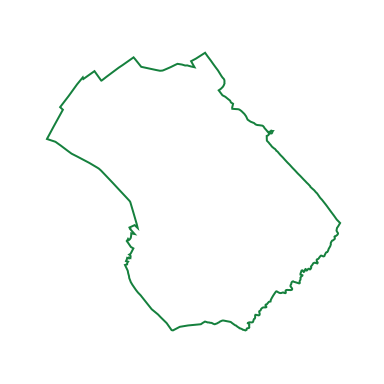 Burla, Suceava, Romania (orthographic projection), rotated 278°
{"feature_id": "2599482B88852638453630", "entity_name": "Burla", "entity_type": "district", "adm_level": 2, "iso_a3": "ROU", "parent_name": "Romania", "parent_adm1": "Suceava", "projection": "orthographic", "projection_center": [25.922, 47.785], "detail": "fine", "context": "isolated", "style": "outline", "palette": "green", "viewbox_px": 384, "rotation_deg": 278, "n_neighbors": 0, "source": "geoboundaries", "source_scale": "gbopen_adm2", "svg_char_len": 5853}
<svg xmlns="http://www.w3.org/2000/svg" viewBox="0 0 384 384"><g transform="rotate(278 192 192)"><path d="M208.1,316.0L208.9,314.8L210.7,312.8L212.0,310.8L212.2,310.5L213.6,308.5L214.2,308.2L216.0,306.0L217.2,304.3L218.5,302.7L219.7,301.1L220.9,299.6L222.9,297.1L225.2,294.0L227.6,291.1L230.0,288.0L232.6,284.9L234.4,282.5L236.6,279.8L238.9,277.1L241.1,274.2L242.1,273.1L242.7,272.4L243.2,271.9L243.8,271.2L244.2,270.6L244.6,269.7L245.3,269.2L246.1,268.3L246.3,267.9L246.5,267.4L246.9,266.7L247.6,265.6L247.9,265.1L248.1,264.8L249.0,263.9L249.7,263.2L250.3,262.4L250.8,261.9L251.6,261.1L252.3,260.2L252.9,259.4L253.3,259.0L255.4,258.6L257.9,258.2L258.8,259.6L259.5,260.0L260.1,260.3L260.6,260.5L261.2,260.9L261.3,261.3L260.9,261.9L261.1,262.7L261.9,263.2L262.5,263.2L262.8,263.2L263.6,263.6L263.5,262.8L263.8,262.3L263.8,261.9L263.0,261.3L262.5,260.6L262.3,259.7L261.6,259.2L263.9,256.7L265.3,255.0L266.1,254.4L266.7,253.8L267.3,253.0L267.5,252.4L267.5,249.1L267.4,247.3L267.8,245.5L268.9,243.9L269.3,242.2L269.8,240.2L271.4,237.0L274.5,235.0L276.6,233.0L279.1,229.6L280.2,227.5L280.4,226.1L280.2,223.6L280.0,220.3L281.3,220.0L282.8,220.2L285.1,220.4L286.1,218.1L287.8,217.0L289.3,214.4L290.9,211.8L292.0,208.7L296.4,204.3L297.4,205.4L298.5,206.5L299.5,207.2L300.4,207.9L301.3,208.3L302.0,208.6L303.3,208.9L304.1,209.1L305.2,208.8L305.9,208.8L307.3,208.5L308.6,207.6L309.3,206.6L310.5,205.4L311.8,204.3L316.0,200.8L318.7,198.1L322.0,194.9L324.8,192.3L328.8,188.3L331.7,185.6L324.6,177.3L321.4,172.9L315.9,177.1L316.2,173.3L316.7,169.7L316.3,167.6L316.8,164.4L316.9,159.8L315.7,157.9L312.7,153.5L310.3,149.6L308.5,146.6L308.1,145.7L307.6,143.4L307.8,139.6L308.9,124.3L315.6,117.2L317.2,115.4L308.1,105.7L304.9,102.1L294.3,91.4L291.5,88.7L289.7,86.9L289.7,86.6L294.0,82.5L298.1,78.6L293.9,74.1L288.8,68.7L289.3,68.4L290.3,67.9L282.6,63.2L269.9,56.5L257.7,49.6L256.6,51.1L255.5,52.7L242.9,47.9L237.1,45.7L229.2,42.8L224.7,41.1L224.3,41.0L222.9,48.8L222.7,49.8L219.7,55.6L215.3,63.5L213.2,67.4L211.0,73.8L206.5,86.3L203.0,94.7L202.2,96.5L200.6,98.9L197.6,102.7L190.3,111.9L182.9,121.0L177.1,128.2L174.3,131.6L173.4,132.3L164.4,136.4L152.6,141.7L148.8,143.2L151.2,139.8L148.2,135.1L147.3,136.0L146.9,135.7L142.4,141.0L142.6,137.6L142.0,137.7L140.5,137.8L138.9,137.8L138.0,137.7L137.3,137.4L136.4,136.9L135.6,136.1L136.6,135.2L136.0,135.0L135.3,134.7L134.4,134.2L132.2,136.3L129.1,139.1L128.2,141.3L128.0,141.8L125.7,141.0L124.6,140.6L123.1,140.1L122.0,139.5L121.6,139.0L121.3,138.6L121.0,139.2L120.5,139.8L120.0,140.1L119.3,140.2L118.0,140.2L118.3,138.8L117.5,138.7L117.6,138.2L117.8,137.0L116.0,136.8L115.2,136.5L114.4,136.3L114.1,138.4L113.3,138.0L112.3,137.7L111.3,137.8L110.4,135.8L105.9,138.8L104.9,139.4L102.7,140.1L100.0,141.3L99.3,141.5L98.1,141.8L95.8,143.1L94.3,143.9L91.8,145.9L88.4,149.0L87.0,150.3L84.9,152.5L82.4,155.7L81.4,156.7L74.0,164.5L70.3,168.4L66.0,175.4L63.7,178.3L58.6,185.2L52.4,191.0L52.3,192.4L56.8,198.7L59.3,206.7L62.3,219.2L63.9,220.9L65.5,222.9L65.2,224.9L65.0,225.4L65.2,227.1L65.0,227.8L65.1,229.5L65.0,230.0L64.6,231.0L64.2,232.5L64.3,233.1L64.8,234.0L65.3,235.0L66.1,236.0L66.4,236.4L66.7,236.9L67.7,237.9L68.9,239.9L69.1,241.1L68.9,244.6L68.8,246.9L68.7,248.2L68.4,249.0L67.8,249.9L66.6,252.2L66.2,252.9L65.9,253.8L65.8,254.2L65.8,254.5L65.3,255.0L64.9,255.8L64.5,256.6L64.0,257.9L63.7,258.0L63.6,258.5L63.5,259.5L63.1,260.8L62.7,261.4L62.7,262.3L62.6,262.7L62.5,263.1L62.5,263.5L62.4,264.3L62.9,264.9L63.1,265.2L63.6,265.2L64.1,265.2L64.4,265.3L64.8,265.9L65.1,266.9L65.4,267.4L66.1,267.6L66.6,267.4L67.3,267.2L67.7,267.1L68.3,267.3L68.8,267.2L69.2,266.7L69.6,266.0L69.9,265.5L70.2,265.6L70.5,266.1L70.9,266.9L71.0,267.7L71.2,269.3L71.5,270.2L72.0,270.5L72.9,270.7L74.4,270.9L75.0,271.2L75.4,271.8L76.6,272.0L77.2,271.9L78.6,271.7L79.2,271.9L79.2,272.2L79.3,272.5L79.2,273.6L79.1,275.2L79.3,275.6L79.8,276.0L80.7,276.0L81.6,275.7L82.6,275.2L83.2,275.2L83.5,275.4L84.2,276.3L84.8,276.5L85.9,276.8L87.1,277.8L87.6,278.6L88.0,281.1L88.3,281.6L88.6,281.6L88.9,281.2L89.4,280.9L89.8,280.6L90.6,280.6L90.9,280.9L91.0,281.5L91.6,282.0L91.9,282.1L93.9,283.4L94.3,284.3L94.5,285.0L96.3,285.1L99.0,286.1L100.9,286.9L103.2,288.0L105.1,289.0L105.4,289.6L105.3,290.0L104.8,291.1L104.3,292.5L104.2,293.6L104.4,294.5L105.1,295.8L105.2,296.5L104.9,297.2L104.8,298.4L104.9,298.7L105.4,298.9L106.0,298.8L106.8,298.4L107.5,298.5L108.1,299.1L108.3,300.2L108.5,302.2L108.6,303.5L109.1,304.5L109.6,304.7L110.3,304.6L111.0,304.0L111.8,303.2L112.5,302.6L113.5,302.6L114.4,303.0L115.1,303.1L115.8,303.1L116.5,303.3L117.3,303.9L117.6,304.6L117.3,305.1L117.1,306.5L116.4,310.8L116.6,311.2L117.0,311.4L117.6,311.2L118.4,311.0L119.2,311.1L120.2,311.6L121.3,311.6L122.0,311.3L123.1,311.7L124.0,312.5L124.6,313.0L125.0,312.9L125.1,312.0L125.3,310.9L126.2,310.8L128.2,311.2L129.4,311.4L129.8,312.0L129.7,312.5L129.1,312.9L128.4,313.7L128.7,314.2L130.2,314.6L131.2,314.9L131.5,315.2L131.3,315.6L130.2,316.3L130.3,316.6L130.5,316.9L131.2,317.3L132.1,317.9L132.3,318.5L132.3,319.1L131.8,319.5L131.9,319.9L132.1,320.0L132.9,320.4L133.6,320.6L134.1,320.5L134.6,320.2L135.2,320.4L135.6,320.7L136.6,321.3L138.3,322.0L139.0,323.0L139.0,324.1L138.7,326.0L139.0,326.2L139.5,326.3L139.9,326.1L140.5,325.4L141.5,325.0L142.1,324.9L142.8,325.3L143.0,325.8L143.3,326.3L143.8,326.7L144.9,327.2L146.7,328.3L147.0,328.7L146.9,329.5L146.5,330.9L146.7,331.6L147.2,332.1L148.1,332.2L149.5,332.7L150.6,333.1L151.1,333.6L151.3,334.3L152.7,334.9L153.8,335.1L154.8,335.3L157.4,336.4L159.5,336.8L160.5,336.5L161.8,336.8L163.3,337.5L163.8,338.4L165.3,339.8L165.9,339.9L166.6,339.8L167.4,339.3L168.0,339.6L168.5,340.6L169.8,341.9L171.0,342.4L171.7,342.2L172.8,341.2L173.8,340.5L174.9,340.5L176.6,340.6L178.1,341.4L181.9,343.0L184.8,339.2L188.3,335.9L191.7,332.5L197.5,326.9L202.4,321.8L204.1,319.7L208.0,316.1L208.1,316.0Z" fill="none" stroke="#15803d" stroke-width="2"/></g></svg>